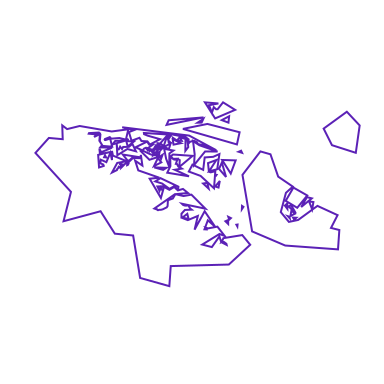 the district of Guayaquil, Guayas, Ecuador, rotated 276°
{"feature_id": "8360857B75288721097085", "entity_name": "Guayaquil", "entity_type": "district", "adm_level": 2, "iso_a3": "ECU", "parent_name": "Ecuador", "parent_adm1": "Guayas", "projection": "natural_earth1", "projection_center": [-80.067, -2.513], "detail": "fine", "context": "isolated", "style": "outline", "palette": "violet", "viewbox_px": 384, "rotation_deg": 276, "n_neighbors": 0, "source": "geoboundaries", "source_scale": "gbopen_adm2", "svg_char_len": 6184}
<svg xmlns="http://www.w3.org/2000/svg" viewBox="0 0 384 384"><g transform="rotate(276 192 192)"><path d="M214.5,32.2L179.5,71.6L149.5,67.3L163.3,103.1L142.5,119.6L142.6,138.0L101.1,149.4L96.0,179.3L116.1,178.6L123.7,236.2L145.6,255.4L154.4,246.5L149.4,228.1L145.3,226.6L145.8,227.4L145.6,229.1L144.1,231.6L143.0,232.0L145.2,226.3L150.7,223.9L139.3,217.5L140.8,207.7L153.1,223.7L151.7,229.1L160.2,220.9L157.5,211.8L157.9,209.5L156.9,210.5L156.3,210.6L156.2,208.3L165.5,210.7L159.9,218.6L174.2,206.6L154.8,198.5L168.8,200.3L163.6,190.8L165.4,184.2L169.3,183.8L173.4,186.8L174.4,193.5L175.3,192.0L178.3,189.7L177.8,187.5L177.8,186.1L178.2,184.5L179.3,183.1L176.8,207.1L189.3,191.7L187.1,184.0L188.1,175.7L183.5,173.6L181.3,168.9L175.5,169.2L174.1,168.5L171.7,164.7L171.0,162.8L170.9,161.3L170.4,160.3L170.4,159.6L171.2,159.0L171.2,157.9L171.6,156.3L188.0,175.2L190.6,188.1L194.1,182.7L192.1,177.8L195.1,173.8L191.8,169.3L194.1,163.6L182.8,161.7L200.8,148.5L202.8,158.0L207.9,136.3L217.2,132.2L213.1,139.9L223.5,137.3L220.2,137.1L219.6,129.7L214.9,125.7L213.8,126.0L212.3,125.4L211.9,124.7L215.5,124.5L209.2,119.4L212.2,119.8L212.1,119.2L212.8,118.1L212.7,117.5L212.1,117.5L211.8,118.5L211.2,118.7L208.7,117.4L208.6,117.1L209.2,116.4L208.2,116.1L207.0,115.4L207.2,114.4L206.9,114.9L205.9,115.0L203.0,110.4L213.1,114.6L215.8,123.8L219.9,109.6L224.5,108.1L215.4,109.1L222.5,106.7L212.7,103.7L214.6,97.9L211.0,97.8L210.1,100.8L209.2,101.4L208.7,101.5L206.7,97.0L219.1,94.8L223.2,106.4L220.1,96.5L225.3,95.4L222.1,97.6L227.7,107.8L226.8,96.1L229.3,97.7L233.3,94.5L240.0,94.4L236.5,88.9L239.3,91.3L239.2,83.2L239.8,83.4L241.4,93.2L239.7,94.9L232.9,95.0L228.5,98.3L228.7,107.9L236.6,105.0L234.6,100.5L234.6,100.0L235.0,99.7L235.6,99.9L238.0,104.5L236.6,106.1L238.1,114.1L237.2,120.8L247.7,122.1L243.8,105.8L245.9,73.4L241.5,61.2L244.7,56.0L231.0,57.9L230.8,44.0L214.5,32.2ZM214.3,240.4L159.1,255.9L148.5,290.3L150.2,343.2L169.6,342.5L170.8,334.0L184.2,339.2L191.3,318.2L175.3,300.5L172.4,291.5L181.3,282.4L201.0,285.5L207.9,291.7L216.3,276.1L237.7,266.1L239.5,255.8L214.3,240.4ZM253.2,326.3L248.1,350.8L275.7,351.8L288.0,337.6L268.8,316.3L253.2,326.3ZM247.8,183.3L249.1,115.8L247.5,127.9L245.0,123.0L236.7,126.5L240.4,134.1L237.4,136.4L237.7,142.4L234.8,145.2L241.2,154.7L243.4,142.0L244.5,138.3L245.7,138.0L246.7,163.4L240.9,162.6L247.2,165.7L245.9,179.9L244.0,183.1L239.8,183.4L241.6,184.6L243.0,187.8L243.1,188.7L242.0,191.7L240.2,193.2L239.8,201.2L236.1,211.8L247.8,183.3ZM256.4,233.1L261.3,200.2L253.8,176.4L244.0,231.7L256.4,233.1ZM219.3,189.6L212.0,186.7L208.9,198.9L198.0,213.5L215.1,213.0L213.5,208.5L213.9,206.7L222.4,204.9L226.4,212.9L214.3,206.8L217.3,214.7L232.6,215.3L229.2,209.4L227.7,201.0L215.2,200.8L219.3,189.6ZM282.5,195.5L267.6,207.3L278.2,226.3L284.4,213.5L277.0,208.8L276.8,207.3L278.7,204.8L272.9,203.5L280.1,199.9L282.8,209.0L282.5,195.5ZM242.8,187.7L229.8,190.7L218.9,191.2L233.7,200.8L234.9,213.2L239.3,194.3L242.8,187.7ZM193.0,286.1L187.3,298.3L200.6,307.0L207.0,292.4L193.0,286.1ZM267.4,195.7L260.9,161.3L256.1,159.7L267.4,195.7ZM215.5,167.8L208.6,165.4L207.3,187.4L212.3,172.5L214.2,179.4L215.9,175.7L218.3,174.1L218.3,173.0L223.3,174.2L222.4,172.2L222.4,170.8L224.4,166.7L215.5,167.8ZM232.4,112.0L220.8,113.9L228.0,123.2L226.6,132.0L233.6,127.7L230.3,124.5L229.6,118.8L227.4,117.9L229.6,115.8L226.8,114.8L226.3,113.3L232.4,112.0ZM228.0,188.8L227.3,169.2L225.3,167.1L223.0,169.8L223.6,174.1L222.4,176.5L215.6,176.8L228.0,188.8ZM228.0,232.1L227.0,218.6L214.4,228.6L228.0,232.1ZM222.3,162.8L214.7,166.7L228.0,165.5L231.3,169.2L232.0,159.8L222.3,162.8ZM195.9,177.9L202.5,159.2L198.7,154.4L197.3,161.4L192.8,169.3L195.8,173.5L193.1,177.9L195.9,177.9ZM237.4,142.1L230.6,131.2L228.2,138.5L230.2,139.8L231.1,141.4L229.3,143.2L230.8,143.3L234.9,148.0L234.6,144.5L237.4,142.1ZM222.0,119.3L215.8,125.4L220.4,129.5L221.1,136.9L222.0,119.3ZM237.2,168.7L239.4,175.9L242.2,168.1L243.9,166.9L237.2,168.7ZM217.8,216.5L210.5,224.3L224.4,218.6L217.8,216.5ZM225.3,146.2L227.8,139.2L227.1,137.0L219.6,146.3L222.6,153.1L225.4,153.4L224.4,149.9L225.3,146.2ZM222.1,154.5L213.8,151.5L218.3,158.4L222.1,154.5ZM243.9,181.8L244.9,175.2L244.1,180.0L232.2,181.1L236.3,183.6L243.9,181.8ZM194.9,309.4L187.3,313.3L194.7,313.8L194.9,309.4ZM234.8,110.3L231.0,108.0L236.3,120.8L234.8,110.3ZM198.9,306.9L188.5,302.2L198.2,311.8L198.9,306.9ZM205.9,218.5L199.9,214.5L199.2,217.9L205.9,218.5ZM264.8,221.0L271.2,221.0L266.6,214.1L264.8,221.0ZM245.8,161.5L237.0,155.3L234.8,159.1L245.8,161.5ZM235.8,121.3L230.6,123.3L236.1,128.9L235.8,121.3ZM181.8,297.4L189.1,292.1L187.8,289.5L181.8,297.4ZM169.8,189.6L165.5,185.1L164.9,191.4L169.8,189.6ZM183.9,292.8L178.5,292.4L181.2,296.7L183.9,292.8ZM223.9,155.2L228.6,155.6L227.8,154.4L227.5,152.1L223.9,155.2ZM232.8,156.0L229.7,149.8L224.7,149.4L232.8,156.0ZM202.7,206.2L201.6,202.2L197.1,208.2L202.7,206.2ZM237.9,165.6L234.0,159.5L232.2,164.5L237.9,165.6ZM194.8,163.4L193.9,157.0L189.8,159.5L192.9,159.9L194.8,163.4ZM213.4,164.1L212.5,151.9L211.0,161.0L213.4,164.1ZM262.0,194.3L265.8,195.6L261.5,190.3L262.0,194.3ZM245.3,174.1L241.7,171.8L241.8,176.5L245.3,174.1ZM188.2,285.8L185.2,288.6L190.5,287.9L188.2,285.8ZM167.9,230.9L166.4,228.3L164.0,231.3L167.9,230.9ZM235.3,151.5L231.8,149.9L232.3,151.7L235.3,151.5ZM221.8,157.8L225.9,158.8L223.7,156.2L221.8,157.8ZM168.4,231.9L170.1,233.4L171.1,230.7L168.4,231.9ZM230.9,149.1L228.5,147.2L227.4,148.4L230.9,149.1ZM233.5,158.9L234.2,155.3L233.6,156.5L230.4,156.4L233.5,158.9ZM230.8,143.9L228.1,145.4L230.1,146.8L230.8,143.9ZM242.0,170.9L243.7,167.7L242.4,168.3L242.0,170.9ZM180.1,243.4L182.6,244.7L183.4,243.2L180.1,243.4ZM236.2,237.7L238.2,236.5L236.9,234.2L236.2,237.7ZM236.0,122.4L238.3,123.0L236.3,121.4L236.0,122.4ZM177.3,298.4L177.1,295.2L175.2,296.5L177.3,298.4ZM234.1,154.8L235.3,152.5L232.8,152.5L234.1,154.8ZM239.0,165.3L240.8,163.1L238.9,163.6L239.0,165.3ZM217.4,103.0L219.4,101.7L217.4,101.0L217.4,103.0ZM191.2,161.8L193.1,160.7L191.1,160.2L191.2,161.8ZM176.2,291.9L177.6,291.5L177.9,290.0L176.2,291.9ZM210.0,213.8L211.6,214.6L211.6,213.8L210.0,213.8ZM235.0,154.9L236.8,155.0L236.9,153.3L235.0,154.9ZM162.5,240.7L164.4,240.7L164.1,239.6L162.5,240.7Z" fill="none" stroke="#5b21b6" stroke-width="2"/></g></svg>